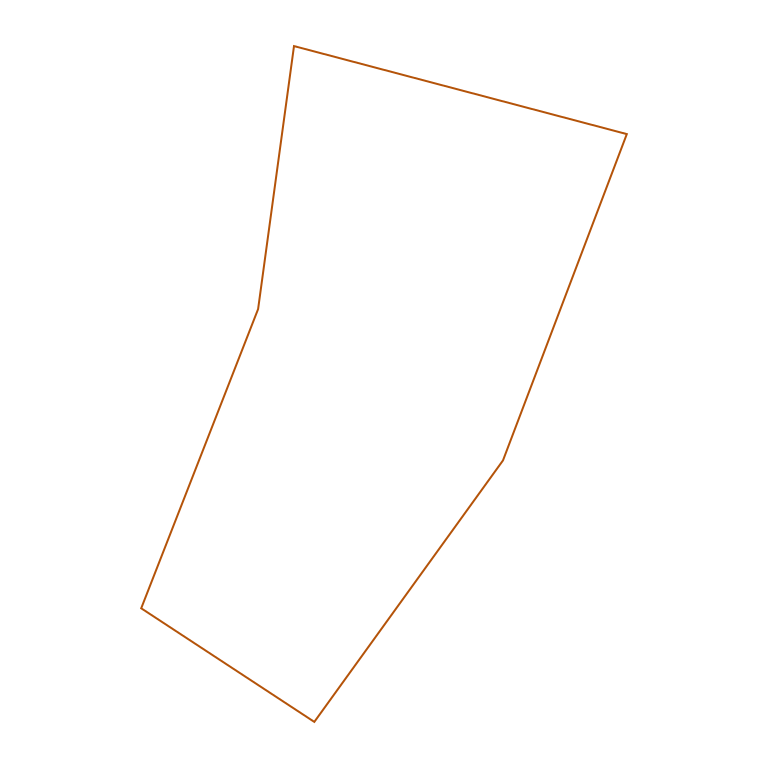 the state/province of Ngiwal
{"feature_id": "PLW-5257", "entity_name": "Ngiwal", "entity_type": "state/province", "adm_level": 1, "iso_a3": "PLW", "parent_name": "Palau", "parent_adm1": "", "projection": "mercator", "projection_center": [134.634, 7.565], "detail": "fine", "context": "isolated", "style": "outline", "palette": "amber", "viewbox_px": 768, "rotation_deg": 0, "n_neighbors": 0, "source": "natural_earth", "source_scale": "10m", "svg_char_len": 210}
<svg xmlns="http://www.w3.org/2000/svg" viewBox="0 0 768 768"><path d="M626.8,134.1L503.0,460.4L314.3,721.9L141.2,608.3L258.1,309.1L294.0,46.1L626.8,134.1Z" fill="none" stroke="#b45309" stroke-width="2"/></svg>